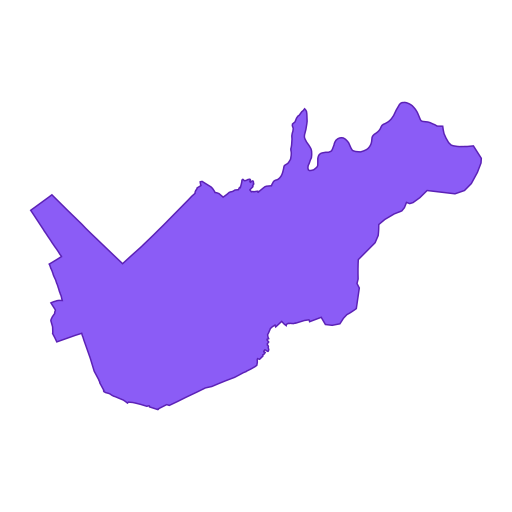 outline of Sacu, Caras-Severin, Romania
{"feature_id": "2599482B680893126759", "entity_name": "Sacu", "entity_type": "district", "adm_level": 2, "iso_a3": "ROU", "parent_name": "Romania", "parent_adm1": "Caras-Severin", "projection": "orthographic", "projection_center": [22.117, 45.574], "detail": "fine", "context": "isolated", "style": "filled", "palette": "violet", "viewbox_px": 512, "rotation_deg": 0, "n_neighbors": 0, "source": "geoboundaries", "source_scale": "gbopen_adm2", "svg_char_len": 5981}
<svg xmlns="http://www.w3.org/2000/svg" viewBox="0 0 512 512"><path d="M52.8,332.6L52.6,333.3L52.6,333.5L54.9,337.9L56.8,341.9L75.4,335.3L81.7,333.3L82.3,335.5L83.1,337.5L83.2,338.0L83.6,339.1L83.7,339.6L90.3,358.3L94.2,371.2L98.9,380.0L98.9,380.4L99.8,382.0L99.7,382.7L103.9,390.5L103.6,390.9L103.9,391.6L105.7,392.6L108.7,393.4L110.1,394.0L111.8,395.2L113.7,396.2L115.3,396.7L123.4,400.1L125.3,401.4L127.5,403.1L128.4,402.1L132.8,402.5L135.1,403.0L140.7,404.4L146.9,406.3L148.4,405.8L149.1,405.8L149.4,406.0L149.5,406.9L157.9,409.6L158.3,409.3L158.2,408.9L166.7,404.6L169.3,405.4L177.3,401.6L185.7,397.4L197.3,391.9L205.4,387.9L211.8,386.5L218.4,383.7L225.0,381.0L234.9,377.2L243.5,372.6L246.1,371.6L246.5,371.2L250.9,369.0L255.1,366.6L256.8,365.3L257.3,362.5L257.3,361.0L257.2,359.6L257.6,358.6L259.5,359.3L260.8,358.2L261.5,357.2L262.4,356.7L262.9,356.0L262.9,355.3L262.8,354.9L264.3,353.9L265.2,352.5L264.6,352.0L263.9,352.0L263.7,351.4L264.7,349.9L265.4,349.9L267.4,351.3L268.1,351.3L268.8,349.8L268.2,347.5L268.4,346.6L268.0,345.4L267.4,345.1L267.3,343.8L268.7,342.0L267.2,340.2L267.1,339.3L268.7,338.7L268.0,337.2L267.6,334.7L268.6,332.8L270.4,328.5L272.4,326.7L275.0,325.1L275.7,326.9L281.7,321.4L284.2,324.1L286.2,325.6L286.4,324.4L288.3,323.3L289.0,323.6L289.8,323.3L291.9,323.5L293.5,323.6L295.4,323.0L295.6,323.2L304.3,320.5L308.9,319.8L309.3,320.5L309.6,321.7L321.2,317.3L325.4,324.5L332.2,325.3L339.9,323.8L343.5,318.2L346.9,314.6L349.5,313.2L352.0,311.6L354.5,309.9L356.3,308.6L359.3,288.0L357.0,283.5L358.1,279.0L358.0,274.0L358.0,268.9L358.1,263.8L358.3,259.6L375.1,242.7L378.2,235.5L378.5,232.3L378.7,229.1L378.8,224.5L384.9,219.4L394.2,213.9L401.8,210.9L404.4,207.7L406.5,202.4L409.7,203.6L413.0,202.6L419.8,197.7L427.1,190.5L455.0,193.8L464.5,190.5L471.3,183.6L477.4,172.4L481.0,163.0L481.3,158.3L473.4,145.9L467.1,146.5L465.1,146.5L459.4,146.6L457.1,146.4L453.3,145.8L451.2,145.1L448.6,142.6L446.0,138.1L444.0,133.6L443.2,129.7L442.7,126.2L437.1,126.1L435.0,124.8L432.8,123.9L430.0,122.6L427.9,122.0L422.6,121.4L422.0,121.2L421.2,120.8L420.7,120.2L420.3,119.5L419.6,117.8L417.9,113.7L417.1,112.0L415.4,109.3L413.8,107.4L412.2,105.7L410.8,104.7L409.2,103.8L407.0,102.9L405.9,102.6L404.7,102.4L403.8,102.5L402.1,102.6L400.9,103.1L399.5,104.4L398.6,106.0L396.3,109.9L393.6,115.6L392.7,116.9L391.4,118.8L390.3,120.0L389.0,121.2L387.6,122.2L385.1,123.6L383.4,124.3L382.0,125.4L381.2,126.7L380.3,128.7L379.6,129.8L378.9,130.7L377.8,131.8L376.3,133.0L374.3,134.3L373.1,135.5L372.6,136.2L372.1,137.3L371.9,139.0L371.6,141.6L371.2,143.4L370.5,145.1L369.4,146.9L368.0,148.5L366.5,149.6L363.7,150.9L360.6,151.9L358.8,151.8L355.6,151.5L353.9,151.0L352.4,150.4L351.0,148.1L348.7,142.9L347.5,141.3L345.4,139.2L343.4,138.0L341.5,137.7L339.5,138.0L337.9,138.7L336.1,140.1L335.1,141.7L334.4,143.3L334.0,145.0L332.4,149.2L331.5,150.9L330.2,151.6L328.4,152.3L325.5,152.3L322.3,152.9L321.0,153.3L319.8,154.1L318.9,155.1L318.4,156.2L318.0,157.6L317.8,158.7L317.8,163.1L317.7,165.7L316.9,167.1L315.7,168.2L313.7,169.8L311.4,170.4L309.6,170.6L308.4,169.9L308.0,168.6L307.9,167.4L308.2,165.5L309.2,163.4L310.4,159.9L311.4,157.8L311.7,154.9L311.7,153.8L311.6,151.5L311.4,150.3L311.0,148.9L310.2,147.4L308.7,145.0L306.6,142.1L305.0,139.0L304.5,137.6L304.4,136.8L304.5,134.9L305.9,129.4L306.8,123.9L307.1,121.3L306.9,115.5L306.8,113.7L306.5,111.5L305.7,110.0L304.6,108.8L303.3,110.5L301.7,111.8L299.2,115.3L298.3,115.8L297.7,116.4L296.5,118.2L295.0,121.9L292.5,124.0L292.3,125.7L293.2,128.2L293.2,128.7L292.9,131.2L292.3,133.1L292.0,134.7L291.8,136.0L292.0,139.1L291.6,145.0L291.3,146.9L290.8,149.0L290.9,150.3L291.1,151.3L291.3,152.9L291.2,155.4L290.6,159.0L290.2,159.9L288.8,162.1L287.9,163.3L286.4,164.3L285.0,165.1L284.2,165.9L283.9,166.9L283.5,169.1L282.7,172.3L281.9,174.6L280.9,176.4L279.6,178.0L277.9,179.4L276.7,179.9L275.5,180.2L274.2,180.9L273.5,181.6L271.9,184.5L271.5,185.8L270.7,185.8L268.6,186.0L266.5,186.2L265.0,186.7L263.4,187.9L260.1,190.6L258.2,192.3L257.9,192.2L257.9,191.3L257.4,191.2L253.7,191.8L253.4,191.6L252.9,191.5L251.4,191.8L251.0,191.5L250.8,191.0L250.6,190.7L250.1,190.4L249.9,189.8L252.9,186.7L252.6,185.8L252.8,185.5L253.6,184.4L253.4,184.0L253.7,183.3L253.4,183.1L253.4,182.5L253.4,181.7L253.1,181.1L252.6,180.9L251.8,181.2L250.8,182.1L250.4,182.3L250.1,181.9L249.7,181.1L250.2,180.7L250.4,180.3L250.4,179.9L250.2,179.5L249.8,179.2L248.0,179.5L246.0,180.5L244.5,180.7L243.9,180.3L243.0,179.4L242.6,179.4L242.2,179.8L241.9,180.5L241.8,181.8L241.3,184.1L240.3,187.7L239.8,187.5L239.5,187.5L238.4,189.7L235.3,190.0L234.8,190.1L233.3,191.1L232.1,191.6L230.5,191.9L229.2,192.4L226.9,194.4L223.1,197.2L222.4,196.5L219.0,193.6L216.8,192.8L215.0,192.5L214.9,192.1L213.6,190.0L212.5,188.4L211.0,186.9L210.0,186.3L202.1,181.4L200.2,181.8L200.3,183.0L200.9,185.6L197.5,187.7L197.3,187.7L196.7,189.2L195.8,190.4L195.4,191.3L195.1,192.2L195.0,193.4L191.7,196.3L188.3,199.9L168.4,220.1L163.5,225.1L158.5,230.0L153.6,234.9L140.8,247.2L130.2,256.7L122.6,263.7L116.9,258.3L90.8,233.3L85.5,228.1L82.0,224.4L67.3,210.1L51.9,194.8L48.7,197.2L30.7,210.3L33.5,214.5L43.5,229.7L44.3,231.1L45.6,232.9L48.1,236.7L50.5,240.2L52.0,242.6L55.1,247.1L56.3,248.7L58.4,251.8L59.9,254.3L60.4,254.9L61.5,256.4L61.5,256.6L61.4,256.6L57.5,259.1L50.9,263.1L49.2,264.1L49.7,265.0L50.4,267.0L50.8,268.3L51.3,269.2L51.6,270.0L52.1,271.1L52.4,272.0L53.1,273.9L53.1,274.3L53.7,275.8L54.4,277.4L55.0,278.6L55.5,279.7L55.9,280.7L56.1,281.6L56.5,282.6L56.6,283.0L56.8,283.6L57.2,284.3L57.5,285.3L57.7,285.7L57.9,286.3L57.9,286.6L58.6,288.6L59.2,290.7L59.5,291.7L59.9,292.6L60.5,294.5L61.1,295.6L61.2,296.4L61.4,296.8L61.5,297.4L61.5,297.7L62.3,300.5L58.9,300.4L57.4,300.6L56.6,300.8L55.8,301.1L53.7,301.7L51.7,302.5L50.9,302.9L55.3,309.8L55.4,310.1L55.3,310.5L54.8,312.0L54.7,312.4L54.7,313.1L54.7,313.4L54.6,313.7L54.3,314.0L53.6,315.0L52.4,316.7L51.2,319.2L50.9,320.1L50.9,320.5L50.9,320.9L52.4,326.1L52.5,326.5L52.6,327.0L52.8,332.6Z" fill="#8b5cf6" stroke="#5b21b6" stroke-width="1.5"/></svg>